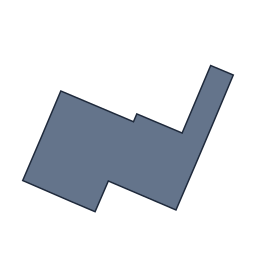 outline of Renville, North Dakota, United States of America, rotated 293°
{"feature_id": "52423323B29134210824643", "entity_name": "Renville", "entity_type": "district", "adm_level": 2, "iso_a3": "USA", "parent_name": "United States of America", "parent_adm1": "North Dakota", "projection": "orthographic", "projection_center": [-101.622, 48.729], "detail": "fine", "context": "isolated", "style": "filled", "palette": "slate", "viewbox_px": 256, "rotation_deg": 293, "n_neighbors": 0, "source": "geoboundaries", "source_scale": "gbopen_adm2", "svg_char_len": 352}
<svg xmlns="http://www.w3.org/2000/svg" viewBox="0 0 256 256"><g transform="rotate(293 128 128)"><path d="M38.1,105.8L38.1,130.4L71.5,130.6L71.3,204.2L120.1,204.4L169.0,204.4L217.9,204.2L217.8,179.7L144.5,179.8L144.4,130.6L135.9,130.6L135.8,51.7L135.6,51.7L86.9,51.8L38.5,51.6L38.1,105.8Z" fill="#64748b" stroke="#1e293b" stroke-width="1.5"/></g></svg>